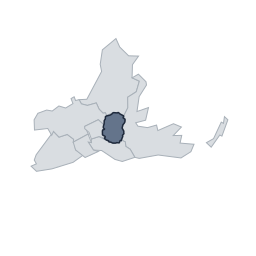 North Macedonia shown with its bordering countries, rotated 294°
{"feature_id": "MKD", "entity_name": "North Macedonia", "entity_type": "country or territory", "adm_level": 0, "iso_a3": "MKD", "parent_name": "Europe", "parent_adm1": "", "projection": "mercator", "projection_center": [21.64, 41.604], "detail": "fine", "context": "with_neighbors", "style": "filled", "palette": "slate", "viewbox_px": 256, "rotation_deg": 294, "n_neighbors": 7, "source": "natural_earth", "source_scale": "50m", "svg_char_len": 3296}
<svg xmlns="http://www.w3.org/2000/svg" viewBox="0 0 256 256"><g transform="rotate(294 128 128)"><path d="M134.0,71.8L137.5,78.7L168.9,80.9L174.9,76.7L189.0,72.8L204.8,80.6L198.6,87.5L194.2,99.2L198.0,108.4L187.7,106.3L175.5,111.3L175.4,119.3L164.5,120.8L156.0,115.2L146.4,119.6L137.6,119.2L136.7,108.6L130.7,103.4L132.7,101.1L131.4,99.2L133.4,94.0L138.0,88.8L132.1,81.7L131.1,75.6L134.0,71.8Z" fill="#d9dde1" stroke="#a8b0b8" stroke-width="1"/><path d="M177.6,211.5L176.1,215.9L158.8,217.1L158.9,214.7L144.3,211.8L146.5,205.6L153.1,210.5L171.3,210.8L171.1,213.3L177.6,211.5ZM137.6,119.2L146.4,119.6L156.0,115.2L164.5,120.8L175.4,119.3L175.5,111.3L181.4,115.6L177.6,125.6L174.8,127.4L161.2,125.4L146.7,129.5L155.0,138.4L142.3,140.9L135.9,132.9L133.7,136.3L136.3,145.7L142.3,152.9L137.8,156.3L150.4,167.8L150.6,176.4L139.5,172.4L143.1,180.1L135.4,181.7L140.0,194.9L132.0,195.1L122.2,188.6L115.6,166.5L104.8,150.6L104.0,146.2L109.5,138.6L110.3,133.5L114.2,131.2L114.4,127.1L122.2,125.7L126.8,122.2L133.3,122.5L137.6,119.2Z" fill="#d9dde1" stroke="#a8b0b8" stroke-width="1"/><path d="M114.4,127.1L114.2,131.2L110.3,133.5L109.5,138.6L104.0,146.2L95.1,136.4L94.0,128.9L96.7,113.1L93.8,105.4L99.0,97.4L99.8,100.5L103.0,99.0L108.4,105.0L107.7,116.4L109.4,123.2L114.4,127.1Z" fill="#d9dde1" stroke="#a8b0b8" stroke-width="1"/><path d="M84.9,98.0L74.3,91.8L59.7,75.1L51.2,62.0L53.7,55.0L58.0,58.9L60.6,55.4L66.2,55.0L94.6,61.3L91.6,68.7L97.4,75.1L95.6,82.9L86.7,89.0L84.9,98.0Z" fill="#d9dde1" stroke="#a8b0b8" stroke-width="1"/><path d="M88.1,43.4L97.3,38.9L104.8,39.7L111.3,46.4L112.7,51.9L120.0,55.9L120.9,62.9L127.9,67.8L131.7,64.0L134.6,66.1L131.8,68.9L134.0,71.8L131.1,75.6L132.1,81.7L138.0,88.8L133.4,94.0L131.4,99.2L132.7,101.1L130.7,103.4L121.1,104.6L123.5,97.5L111.9,87.8L105.3,95.4L106.2,94.0L92.8,83.7L95.6,82.9L97.4,75.1L91.6,68.7L94.6,61.3L90.3,61.3L94.9,54.9L88.1,43.4Z" fill="#d9dde1" stroke="#a8b0b8" stroke-width="1"/><path d="M106.2,94.0L99.8,100.5L99.0,97.4L93.8,105.4L94.6,110.5L83.6,100.8L86.7,89.0L92.8,83.7L106.2,94.0Z" fill="#d9dde1" stroke="#a8b0b8" stroke-width="1"/><path d="M109.3,110.9L108.4,105.0L103.0,99.0L108.1,94.2L109.8,88.7L111.9,87.8L123.5,97.5L121.1,104.6L111.3,107.7L110.8,111.0L109.3,110.9Z" fill="#d9dde1" stroke="#a8b0b8" stroke-width="1"/><path d="M120.9,104.6L121.6,104.6L123.0,104.2L123.9,103.7L124.4,103.6L125.0,103.3L125.9,103.4L126.8,103.6L127.9,103.3L129.0,102.8L129.5,102.9L130.0,103.4L130.3,103.5L132.1,105.9L133.1,106.9L134.3,107.6L135.7,108.1L136.2,108.7L137.1,111.2L137.5,112.2L138.0,112.5L138.2,113.1L137.6,114.9L137.3,118.9L137.1,119.2L136.5,119.2L135.6,119.3L135.2,119.6L134.8,121.7L133.4,122.3L132.1,122.7L131.0,122.6L129.0,122.1L128.4,122.0L127.8,122.3L126.1,122.5L125.3,122.9L123.5,125.4L121.7,126.2L121.1,126.6L119.7,126.1L119.0,126.0L118.0,126.7L115.9,126.7L115.4,126.8L113.7,126.9L113.7,126.6L113.4,126.1L112.6,125.9L111.1,126.1L110.7,125.7L110.0,123.6L109.5,123.2L109.0,122.5L108.0,120.2L108.0,119.2L108.1,118.3L107.6,116.3L107.9,115.7L108.4,115.4L108.4,114.6L108.2,113.3L108.8,110.8L109.0,110.6L110.5,110.9L110.9,110.6L111.1,110.1L111.2,108.3L111.5,107.4L114.9,105.8L115.9,105.7L116.6,106.5L117.2,107.0L117.6,106.9L117.7,106.5L118.1,105.5L118.8,105.0L120.9,104.6L120.9,104.6Z" fill="#64748b" stroke="#1e293b" stroke-width="1.5"/></g></svg>